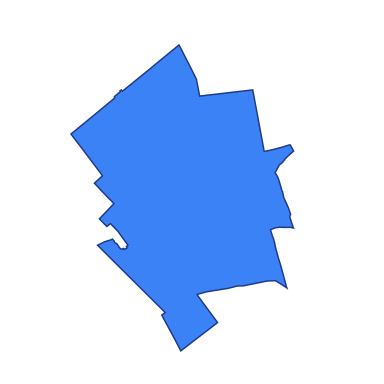 the district of Matca, Galati, Romania, rotated 58°
{"feature_id": "2599482B31737152321862", "entity_name": "Matca", "entity_type": "district", "adm_level": 2, "iso_a3": "ROU", "parent_name": "Romania", "parent_adm1": "Galati", "projection": "equal_earth", "projection_center": [27.578, 45.852], "detail": "fine", "context": "isolated", "style": "filled", "palette": "blue", "viewbox_px": 384, "rotation_deg": 58, "n_neighbors": 0, "source": "geoboundaries", "source_scale": "gbopen_adm2", "svg_char_len": 3091}
<svg xmlns="http://www.w3.org/2000/svg" viewBox="0 0 384 384"><g transform="rotate(58 192 192)"><path d="M323.6,162.4L322.0,162.0L311.2,158.7L306.3,157.2L305.7,157.0L304.0,156.5L300.9,155.6L298.6,155.0L293.3,153.6L287.1,151.7L284.4,150.9L280.4,149.5L279.7,149.1L277.2,148.4L275.5,147.9L273.0,147.3L272.3,147.2L271.7,147.1L269.5,146.5L267.6,146.0L265.7,145.5L265.7,145.3L265.7,144.8L265.8,144.4L265.8,144.0L266.0,143.3L266.1,142.5L266.1,142.3L266.2,141.8L266.3,141.5L266.5,140.8L266.7,139.7L267.2,138.7L267.7,137.8L267.8,137.4L267.9,136.9L268.4,136.2L268.8,135.5L269.6,134.5L269.9,134.1L270.0,133.7L270.3,133.4L270.7,132.8L271.0,132.1L271.7,131.4L272.3,130.3L272.9,129.2L273.1,128.8L273.6,128.1L274.4,127.0L275.0,126.4L275.5,125.9L276.0,125.3L276.3,125.0L275.0,124.8L274.3,124.6L273.5,124.4L272.1,124.1L270.5,123.7L267.8,123.0L266.7,122.8L265.9,122.6L265.0,122.2L264.3,121.7L264.0,121.4L263.7,121.1L263.6,120.8L263.5,120.5L263.3,120.3L263.1,120.2L262.5,120.0L261.7,119.9L260.9,119.7L258.4,119.1L258.0,119.0L256.8,118.7L255.9,118.6L254.0,118.3L253.2,118.2L252.9,118.1L252.1,118.0L250.5,117.8L246.3,117.3L244.7,116.9L241.4,115.7L240.5,115.4L240.0,115.1L239.5,115.1L239.2,115.1L238.9,115.1L237.9,114.8L236.1,114.3L233.8,113.7L231.7,113.1L230.0,112.6L228.1,112.1L225.1,111.4L223.5,111.3L220.5,111.3L219.6,111.4L218.9,109.9L217.1,106.8L215.7,104.3L215.4,103.9L215.2,103.1L215.2,102.4L215.2,101.7L215.1,100.9L215.0,100.2L214.7,99.1L214.3,98.0L213.9,97.0L213.8,96.5L213.6,96.3L213.5,96.0L213.3,95.4L213.1,94.6L212.9,94.0L212.7,93.0L212.3,91.3L212.2,90.4L211.9,89.0L211.6,87.4L211.4,85.7L211.3,85.3L211.2,85.0L211.1,84.6L211.1,84.1L210.1,84.1L209.3,84.0L206.8,83.8L205.7,83.8L204.2,83.7L203.8,84.2L203.6,84.8L203.4,85.3L203.3,85.8L202.1,90.4L200.7,95.2L198.3,102.7L195.9,109.3L178.1,102.3L137.6,86.4L114.7,134.7L98.7,128.5L88.4,127.5L65.8,125.5L60.4,125.1L63.4,148.4L65.7,165.5L67.4,179.5L68.9,191.4L69.6,197.2L69.5,197.6L68.7,197.7L68.0,197.8L68.1,199.5L68.7,199.5L69.0,200.0L69.3,202.6L70.0,207.3L71.2,207.5L72.2,214.3L73.8,226.3L76.4,246.1L78.7,263.9L82.1,263.6L98.0,262.1L101.5,261.8L126.7,259.6L130.8,259.4L132.8,270.1L137.8,269.1L142.8,268.2L160.5,264.4L165.7,284.8L168.3,284.2L176.1,282.5L175.6,278.1L175.9,277.8L185.8,275.7L203.1,274.5L203.5,276.5L205.0,276.3L205.1,276.7L205.0,277.8L204.9,279.1L204.7,280.0L203.7,279.8L202.9,282.5L200.8,283.0L199.8,283.0L196.3,283.1L195.0,283.7L194.1,284.4L192.1,284.0L190.7,284.2L189.8,284.4L189.4,287.0L188.8,289.3L188.5,290.0L188.2,291.6L187.9,292.5L187.4,297.6L187.2,298.8L187.1,300.3L220.2,292.6L280.0,278.6L280.4,282.9L307.6,284.6L309.9,284.8L320.8,285.7L319.9,276.8L318.3,260.5L316.4,240.9L316.2,239.5L313.5,239.7L312.9,239.8L305.5,240.3L304.7,240.4L292.0,241.4L283.2,242.0L281.7,242.0L281.6,241.7L282.2,239.8L284.4,232.4L286.8,226.8L287.1,226.0L288.3,223.2L291.2,216.2L292.5,213.4L292.9,212.1L294.4,207.7L295.3,204.5L296.1,202.7L298.7,198.4L299.7,195.8L299.8,195.5L300.8,192.8L304.4,183.3L307.2,175.7L310.8,169.2L311.7,168.0L319.0,164.5L320.3,163.9L322.7,162.8L323.1,162.6L323.6,162.4Z" fill="#3b82f6" stroke="#1e3a8a" stroke-width="1.5"/></g></svg>